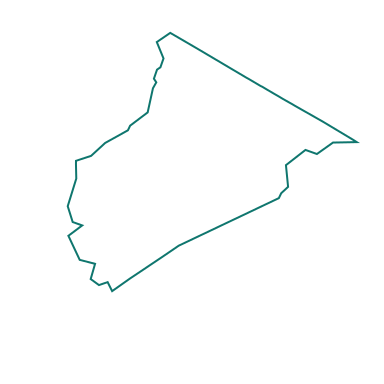 outline of Hamilton, Tennessee, United States of America, rotated 211°
{"feature_id": "52423323B89334194896332", "entity_name": "Hamilton", "entity_type": "district", "adm_level": 2, "iso_a3": "USA", "parent_name": "United States of America", "parent_adm1": "Tennessee", "projection": "natural_earth1", "projection_center": [-85.164, 35.221], "detail": "fine", "context": "isolated", "style": "outline", "palette": "teal", "viewbox_px": 384, "rotation_deg": 211, "n_neighbors": 0, "source": "geoboundaries", "source_scale": "gbopen_adm2", "svg_char_len": 887}
<svg xmlns="http://www.w3.org/2000/svg" viewBox="0 0 384 384"><g transform="rotate(211 192 192)"><path d="M292.6,317.2L299.4,302.4L285.2,291.8L283.3,282.6L285.0,278.9L283.0,269.5L279.1,267.6L278.9,260.8L271.0,237.4L279.2,217.0L278.7,211.9L291.7,189.3L297.1,171.0L307.5,159.0L305.8,156.1L298.1,143.9L291.2,115.8L278.8,104.8L268.9,106.8L275.4,90.8L253.3,76.0L238.1,80.5L234.0,65.2L223.8,64.3L217.9,71.3L209.4,65.9L200.5,86.1L184.4,120.3L175.7,139.2L114.4,231.5L114.9,236.9L112.3,245.9L125.3,263.4L116.4,286.5L104.5,288.9L96.6,307.0L76.5,319.6L79.7,319.7L115.2,319.7L124.4,319.5L140.2,319.1L148.6,318.9L149.8,318.9L151.5,318.9L154.5,318.8L161.9,318.6L162.7,318.6L167.3,318.6L171.7,318.5L180.2,318.4L182.4,318.4L186.1,318.4L186.7,318.3L187.9,318.2L188.4,318.2L201.8,318.1L204.1,318.0L262.9,317.6L263.0,317.6L291.3,317.2L292.6,317.2Z" fill="none" stroke="#0f766e" stroke-width="2"/></g></svg>